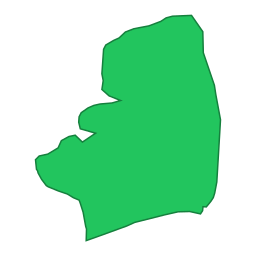 the district of Iyebukel, Koror, Palau
{"feature_id": "81905179B49247527018285", "entity_name": "Iyebukel", "entity_type": "district", "adm_level": 2, "iso_a3": "PLW", "parent_name": "Palau", "parent_adm1": "Koror", "projection": "mercator", "projection_center": [134.485, 7.349], "detail": "fine", "context": "isolated", "style": "filled", "palette": "green", "viewbox_px": 256, "rotation_deg": 0, "n_neighbors": 0, "source": "geoboundaries", "source_scale": "gbopen_adm2", "svg_char_len": 897}
<svg xmlns="http://www.w3.org/2000/svg" viewBox="0 0 256 256"><path d="M86.2,240.6L95.0,237.5L126.7,226.0L134.7,222.4L164.4,214.9L178.1,211.8L189.7,211.5L200.5,213.9L202.6,210.7L203.0,206.7L206.3,206.9L210.9,201.3L213.3,197.6L214.7,193.1L216.8,182.0L220.5,119.8L215.8,94.5L214.4,85.3L203.3,52.7L202.8,31.7L191.5,15.4L172.5,16.2L166.1,17.9L160.8,21.4L148.8,25.9L134.0,28.7L125.4,32.0L119.0,38.0L113.7,40.4L105.8,45.0L103.6,49.2L101.9,73.8L103.2,80.6L101.9,89.5L109.1,95.9L120.6,100.5L112.0,103.0L100.1,104.0L93.9,105.4L88.1,107.9L81.2,112.7L79.1,116.8L78.7,122.2L80.3,128.8L95.6,133.2L82.4,142.1L75.2,135.2L69.0,136.5L61.4,140.6L58.1,147.9L47.8,154.1L39.2,156.0L35.5,159.7L36.5,169.4L37.5,170.6L38.1,173.0L41.5,179.2L46.3,185.6L48.2,186.8L58.2,190.9L67.3,194.0L73.4,197.7L79.1,200.1L80.1,202.7L83.1,212.1L85.7,226.4L86.5,229.0L86.2,240.6Z" fill="#22c55e" stroke="#15803d" stroke-width="1.5"/></svg>